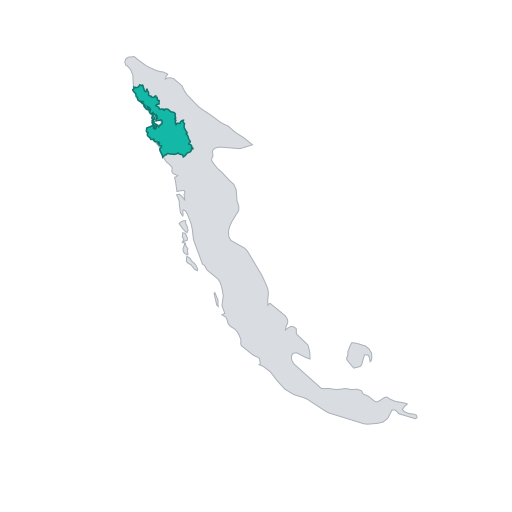 location of Holguín within Cuba, rotated 221°
{"feature_id": "CUB-1367", "entity_name": "Holguín", "entity_type": "Province", "adm_level": 1, "iso_a3": "CUB", "parent_name": "Cuba", "parent_adm1": "", "projection": "robinson", "projection_center": [-75.695, 20.824], "detail": "fine", "context": "in_parent", "style": "filled", "palette": "teal", "viewbox_px": 512, "rotation_deg": 221, "n_neighbors": 0, "source": "natural_earth", "source_scale": "10m", "svg_char_len": 9552}
<svg xmlns="http://www.w3.org/2000/svg" viewBox="0 0 512 512"><g transform="rotate(221 256 256)"><path d="M158.1,175.7L169.2,178.0L178.1,177.4L182.4,176.0L182.0,177.4L185.9,180.8L187.3,181.0L193.1,179.3L208.2,178.7L209.8,179.6L212.4,182.9L216.2,184.9L220.2,186.5L224.4,186.9L228.5,186.2L232.4,186.5L237.3,189.7L238.8,190.1L243.2,189.2L241.9,192.2L249.2,196.3L254.5,204.4L258.4,207.7L262.6,210.7L266.1,212.7L270.0,213.7L281.9,213.3L284.7,213.5L287.2,214.7L289.6,215.1L291.0,214.7L313.9,227.3L321.2,234.0L325.6,237.5L335.2,242.6L339.1,243.7L341.2,243.0L340.8,241.9L337.9,239.1L337.5,238.1L341.2,238.9L347.7,244.6L349.5,246.7L352.8,248.7L356.1,250.1L354.5,252.3L351.8,252.5L346.7,251.6L350.7,255.3L351.5,257.9L353.4,258.2L356.2,255.2L358.0,252.8L365.2,259.1L369.1,262.0L368.1,263.7L367.8,265.4L372.1,263.9L373.7,264.0L375.3,264.9L377.1,267.7L381.1,268.3L385.2,268.2L393.5,270.5L401.4,275.1L408.8,276.0L416.2,276.2L420.0,278.6L421.6,281.9L419.8,284.2L418.8,286.6L421.6,289.5L415.5,290.8L414.6,292.6L415.0,294.5L416.2,295.6L419.6,294.6L424.6,295.5L432.6,296.2L437.8,295.6L448.6,297.6L451.9,298.7L458.3,302.5L461.2,305.0L467.6,311.7L473.0,314.4L477.8,315.0L479.4,314.6L482.2,316.2L483.6,319.2L482.8,322.3L478.7,326.6L471.9,326.8L462.4,327.7L453.3,330.4L448.8,332.6L446.8,334.0L442.0,335.4L441.7,334.2L441.8,332.8L440.5,330.1L439.4,332.5L437.6,334.3L434.6,335.8L423.5,335.9L419.0,333.9L414.4,332.5L397.7,331.0L393.7,331.2L382.6,332.7L371.4,333.5L366.7,334.4L362.0,335.8L353.0,335.7L342.3,337.3L331.6,337.6L338.5,326.5L353.0,315.8L355.7,313.5L357.6,310.6L358.1,308.4L357.5,306.5L354.0,303.1L353.4,300.6L352.3,299.0L347.3,297.6L342.3,296.8L336.9,296.8L325.7,295.6L319.8,295.5L314.7,293.2L306.4,285.1L302.5,282.9L300.5,281.1L298.9,279.0L297.0,267.1L295.4,261.3L292.9,256.4L289.0,252.6L285.0,251.3L269.5,254.5L265.9,254.1L262.4,253.0L239.0,245.3L229.4,241.0L225.5,238.9L222.1,235.9L218.7,231.0L214.8,226.6L214.8,228.4L214.2,229.5L194.6,230.1L191.5,229.1L189.5,227.9L188.1,226.1L187.1,222.5L185.3,219.5L184.6,222.7L183.6,225.7L181.0,227.3L178.0,227.6L174.4,223.7L158.6,222.9L157.2,222.2L152.0,218.4L147.6,213.7L152.0,212.0L161.2,209.8L163.2,208.3L164.3,206.5L163.5,203.7L161.8,201.7L159.9,200.5L157.8,199.7L155.1,199.4L119.9,198.9L117.8,200.4L114.6,203.5L108.3,207.5L104.1,211.6L102.5,213.7L100.6,215.3L96.2,217.8L92.5,221.7L87.9,223.5L85.5,222.4L83.1,222.4L81.3,223.4L79.5,223.8L70.4,224.3L69.0,225.3L67.7,228.1L66.2,233.6L64.7,235.4L60.2,236.1L55.8,237.6L46.9,242.8L44.7,243.6L45.2,239.8L44.8,236.1L42.3,235.9L39.5,236.5L37.1,237.6L32.7,240.4L30.5,241.1L28.4,239.7L28.9,237.8L43.6,231.1L45.2,230.6L47.8,231.1L50.3,230.9L52.3,229.0L50.1,220.1L51.1,214.1L54.5,209.4L61.3,202.4L64.6,200.1L98.1,185.3L101.5,184.5L123.1,181.6L126.4,180.6L136.5,176.2L147.0,174.4L158.1,175.7ZM126.7,253.6L122.7,256.2L114.3,259.9L109.8,260.0L105.2,258.6L102.1,255.6L100.4,252.5L100.5,251.1L103.4,253.5L105.8,254.7L107.8,253.9L109.3,252.6L104.8,242.9L105.0,240.8L108.7,235.5L118.7,237.1L120.4,238.0L121.7,241.4L123.9,244.1L126.5,251.2L126.7,253.6ZM293.4,205.6L299.2,206.7L303.1,205.9L305.2,206.3L308.0,210.4L305.5,210.9L303.5,210.9L302.0,210.1L296.8,209.9L293.4,208.8L291.5,207.7L290.6,206.5L293.4,205.6ZM333.9,235.0L332.2,236.5L330.3,234.3L327.4,233.2L324.1,230.8L323.4,228.3L326.1,228.2L329.5,228.6L335.4,230.0L334.9,232.8L333.9,235.0ZM318.8,218.7L317.9,219.5L315.7,217.7L312.4,216.9L310.4,214.1L308.6,213.0L308.4,211.9L311.5,211.2L313.6,211.5L316.0,213.7L317.4,217.7L318.8,218.7ZM325.0,226.4L323.6,226.5L319.4,224.5L318.2,222.8L319.7,220.5L320.0,218.0L320.6,217.9L321.2,220.9L324.4,222.2L324.6,222.8L326.6,225.4L325.0,226.4ZM263.0,200.2L263.1,201.4L255.7,197.8L252.6,194.1L251.3,193.2L253.4,193.2L263.0,200.2Z" fill="#d9dde1" stroke="#a8b0b8" stroke-width="1"/><path d="M391.2,269.3L392.2,270.2L392.8,270.6L397.3,272.4L398.7,273.4L398.8,274.6L399.0,275.0L399.0,276.0L399.1,276.6L399.5,277.1L399.8,277.1L400.3,276.6L400.9,276.2L401.4,276.1L402.0,276.2L402.5,276.5L402.8,276.9L402.9,277.3L402.9,277.9L403.2,277.9L403.3,277.7L403.5,277.2L403.8,278.0L404.1,278.2L404.4,277.8L404.4,276.9L404.7,277.0L405.9,277.0L406.4,276.9L406.7,276.7L407.3,276.1L407.7,275.9L408.2,276.0L408.7,276.1L409.1,276.3L409.5,277.2L409.9,277.2L410.1,277.0L409.9,276.6L412.0,274.9L412.3,275.0L412.9,275.3L413.0,275.4L413.2,275.8L413.6,275.8L414.4,275.6L415.8,275.6L417.0,275.8L417.9,276.5L418.3,278.2L419.9,277.9L420.9,278.5L422.4,280.9L421.5,282.9L421.2,283.3L420.8,283.7L420.6,284.0L420.5,284.3L420.4,285.0L420.3,285.3L420.0,285.9L419.4,286.5L418.7,287.0L418.0,287.0L417.8,286.5L417.6,285.7L417.4,285.3L416.8,285.6L416.5,285.4L416.2,285.3L415.7,285.6L416.0,285.7L416.3,285.8L416.5,286.0L416.5,286.3L415.3,286.4L415.4,287.0L415.9,287.8L416.3,288.7L416.5,288.7L417.0,287.9L418.1,287.6L419.4,287.5L420.3,287.6L422.1,288.6L422.4,288.8L422.4,289.5L422.6,290.0L422.9,290.3L423.5,290.3L423.2,291.5L422.6,291.5L421.9,291.0L421.3,290.7L421.0,290.6L420.9,290.3L420.8,289.9L420.6,289.6L420.3,289.4L420.1,289.3L417.8,289.7L417.0,290.0L414.2,289.6L414.5,290.2L414.4,290.8L414.0,292.0L414.0,292.3L414.0,292.9L413.8,293.5L413.6,294.0L414.0,294.4L414.5,295.5L416.2,296.5L416.8,296.7L417.1,296.2L417.6,295.2L419.6,293.3L420.0,292.3L420.7,292.9L421.1,293.7L421.2,294.5L420.9,295.4L422.0,295.2L422.4,295.4L422.2,295.9L422.1,296.4L422.6,296.7L423.5,297.0L423.3,296.0L425.8,296.6L426.4,295.7L426.7,295.7L426.9,296.0L427.2,296.2L427.5,296.5L427.9,296.7L428.2,295.7L427.5,295.4L427.1,295.3L426.7,295.4L427.2,294.6L428.2,294.3L429.4,294.3L430.2,294.4L430.9,294.7L431.8,295.3L432.1,295.9L431.1,296.1L431.4,296.7L431.7,297.4L431.9,297.4L432.0,297.2L432.2,296.7L432.6,297.8L433.6,298.0L436.0,297.7L435.3,297.2L433.7,296.3L432.8,296.1L433.4,295.4L434.4,295.1L435.5,295.1L436.3,295.4L436.0,295.0L436.7,295.1L438.7,295.5L439.2,295.8L439.3,296.2L438.6,296.4L438.6,296.7L439.8,297.0L439.9,296.9L440.1,296.7L440.6,297.1L441.3,296.9L442.0,296.9L442.4,298.1L442.7,297.4L442.7,297.0L443.1,297.4L443.5,297.6L443.8,297.6L444.2,297.4L443.6,296.7L447.0,296.2L447.8,296.5L448.2,296.8L448.6,296.9L449.0,297.1L449.1,297.5L449.4,297.8L450.1,297.8L451.1,297.7L451.8,298.3L452.4,298.9L453.2,299.5L456.6,299.9L457.4,300.2L458.1,300.7L457.7,301.0L458.1,302.2L458.1,302.8L458.4,302.9L458.7,303.1L459.0,303.3L458.4,303.6L457.9,304.1L457.3,304.1L457.1,304.2L456.8,304.5L456.6,304.8L456.3,305.3L456.0,305.7L455.8,306.5L455.7,307.5L456.1,308.8L454.4,309.5L454.2,309.8L454.0,310.1L454.0,310.4L453.9,310.5L453.5,310.6L452.9,310.3L452.5,309.9L452.0,309.6L450.5,308.8L449.0,307.7L448.6,307.5L448.2,307.4L447.1,307.6L446.9,307.7L446.8,307.8L447.0,308.3L446.9,308.8L446.9,309.0L447.3,309.1L447.5,309.3L447.7,309.5L447.8,309.9L447.9,310.0L447.8,310.3L447.7,310.4L447.4,310.3L446.2,309.4L444.9,309.3L443.9,308.5L442.7,307.1L442.5,306.8L442.2,306.8L441.9,306.9L441.0,307.3L440.2,307.7L439.9,307.8L439.7,307.7L439.4,307.4L439.1,307.4L438.9,307.5L437.9,308.1L437.3,308.6L437.2,308.9L437.1,310.4L436.7,311.1L436.1,310.6L435.9,310.3L435.7,310.4L434.9,310.8L434.7,310.8L434.6,310.7L434.2,310.5L433.9,310.2L433.7,309.8L433.5,309.6L433.1,309.3L432.9,309.1L432.6,309.0L432.3,309.1L431.5,309.7L431.0,309.8L429.9,308.2L429.2,307.6L428.9,307.2L429.2,306.8L429.3,306.6L429.4,306.3L429.5,306.1L430.1,305.7L430.2,305.4L430.4,304.2L430.3,303.9L430.2,303.7L429.9,303.9L429.6,304.0L428.9,304.1L427.1,304.5L426.3,304.2L425.6,303.6L425.4,303.5L425.2,303.6L424.9,303.8L424.6,303.9L424.3,304.1L424.2,304.3L423.3,305.3L422.7,305.8L422.4,306.0L422.2,306.1L421.6,305.8L421.4,305.7L421.1,305.5L420.8,305.7L420.8,305.9L420.8,306.1L421.0,306.8L420.8,307.5L419.0,308.9L417.2,309.1L415.8,308.9L415.3,309.0L415.0,309.0L411.9,310.6L410.6,310.5L409.9,310.1L409.7,309.9L409.6,309.6L409.4,308.8L408.7,308.6L407.5,307.7L407.1,307.4L407.0,307.2L407.2,306.9L407.4,306.5L407.4,306.2L407.0,306.0L406.5,306.0L405.8,305.9L405.4,305.8L405.3,305.6L405.5,305.1L405.1,304.4L403.1,302.7L402.5,302.5L402.4,302.5L402.3,302.8L402.4,303.3L402.7,304.0L402.7,304.4L402.6,304.6L401.9,305.0L401.7,305.1L401.1,305.6L400.5,306.1L400.4,306.3L400.5,306.5L400.7,307.1L401.0,307.8L400.9,308.9L400.6,310.0L399.8,310.9L399.6,310.6L399.9,309.8L400.0,309.6L399.9,309.5L399.7,309.6L399.3,309.5L398.9,309.3L398.6,309.2L398.3,309.1L397.9,309.1L396.9,309.1L395.8,307.3L394.6,305.9L394.1,305.6L393.7,305.4L392.6,305.1L391.7,304.7L391.2,304.5L390.1,304.3L389.2,303.9L388.7,303.8L388.9,302.8L388.9,302.5L388.8,302.2L388.6,302.1L388.3,302.0L388.1,302.1L387.8,302.3L387.7,302.3L387.3,302.2L385.8,301.7L383.9,300.4L383.1,300.0L381.1,299.5L380.7,299.3L380.5,299.1L380.5,298.9L380.6,298.2L380.6,297.6L380.5,297.3L380.3,296.4L379.8,296.4L378.7,297.1L378.3,297.2L377.9,297.1L377.5,297.0L376.9,296.9L376.6,296.7L376.3,296.5L375.9,295.8L375.8,295.6L375.6,295.6L375.2,295.9L374.8,296.1L374.5,296.0L374.3,295.8L374.1,295.6L373.9,295.2L374.3,295.0L374.7,294.7L374.8,294.5L374.9,294.2L374.7,293.7L374.5,293.4L374.0,292.8L373.9,292.5L373.9,292.2L374.0,291.5L374.1,291.1L374.4,290.4L375.2,289.3L375.3,288.9L375.4,288.2L375.4,284.7L375.9,283.0L376.4,283.3L376.8,283.7L377.1,283.9L377.2,284.0L377.5,284.0L377.8,284.0L378.5,283.8L380.7,282.7L381.3,282.6L381.7,282.6L381.9,282.7L382.1,282.7L382.4,282.7L382.6,282.5L382.7,281.8L383.2,280.4L384.0,279.5L385.0,278.6L385.3,278.5L386.0,277.9L387.9,276.5L388.8,276.1L389.9,275.4L390.2,275.0L390.2,274.7L390.1,273.8L390.1,273.5L390.3,273.2L390.5,273.1L390.7,272.9L391.0,272.1L391.2,269.3L391.2,269.3ZM425.0,291.7L425.3,292.0L426.0,293.3L426.3,293.8L426.4,294.4L425.7,294.4L424.2,294.0L423.5,293.9L422.8,293.5L422.4,292.9L422.4,292.0L424.5,291.6L425.0,291.7Z" fill="#14b8a6" stroke="#0f766e" stroke-width="1.5"/></g></svg>